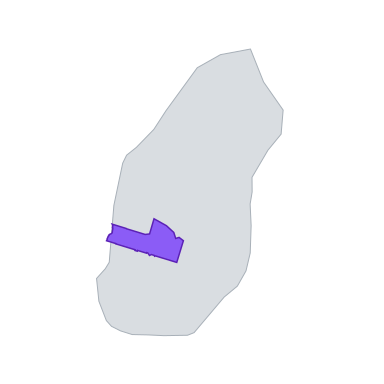 location of 83, Ar Rayyān, Qatar, rotated 17°
{"feature_id": "91078587B29732052080276", "entity_name": "83", "entity_type": "district", "adm_level": 2, "iso_a3": "QAT", "parent_name": "Qatar", "parent_adm1": "Ar Rayyān", "projection": "mercator", "projection_center": [50.853, 25.078], "detail": "fine", "context": "in_parent", "style": "filled", "palette": "violet", "viewbox_px": 384, "rotation_deg": 17, "n_neighbors": 0, "source": "geoboundaries", "source_scale": "gbopen_adm2", "svg_char_len": 1775}
<svg xmlns="http://www.w3.org/2000/svg" viewBox="0 0 384 384"><g transform="rotate(17 192 192)"><path d="M207.1,337.6L191.4,341.6L176.5,345.8L164.2,345.7L154.3,344.0L147.7,340.0L134.9,323.7L126.0,302.6L131.5,290.8L133.4,283.4L121.2,227.6L117.3,184.7L118.7,175.9L125.7,165.7L137.2,143.3L143.4,121.7L160.7,71.6L179.1,52.3L206.1,38.2L228.3,65.9L255.2,87.0L260.3,110.6L252.4,129.8L245.1,160.4L249.5,174.4L251.1,186.5L258.4,206.9L265.5,233.3L266.7,251.7L262.9,268.7L253.5,283.0L235.1,325.9L229.6,330.3L207.1,337.6Z" fill="#d9dde1" stroke="#a8b0b8" stroke-width="1"/><path d="M180.9,263.8L198.0,263.8L198.0,241.1L192.9,239.2L190.0,241.2L186.4,236.0L177.4,231.7L163.5,228.7L163.7,244.5L159.6,246.3L139.9,246.3L139.7,246.1L125.1,246.1L125.3,246.3L125.4,246.5L125.6,246.7L125.7,246.9L125.9,246.9L126.1,247.4L126.2,247.6L126.2,248.8L126.3,248.9L126.3,249.1L126.4,249.4L126.6,249.5L126.7,249.8L126.8,249.8L126.8,250.0L127.0,250.3L127.0,250.7L127.1,251.1L127.2,252.3L127.3,252.6L127.3,252.8L127.4,253.3L127.4,253.5L127.5,253.8L127.6,254.0L127.5,254.6L127.4,254.7L127.3,254.9L127.2,255.0L127.0,255.3L126.9,255.5L126.7,255.7L126.6,255.9L126.4,255.9L126.3,256.0L126.1,256.1L125.9,256.4L125.8,256.5L125.6,256.6L125.5,256.8L125.4,257.1L125.3,257.3L125.2,257.3L125.2,257.5L125.3,257.5L125.4,257.9L125.2,258.2L125.1,258.4L125.0,258.5L124.9,258.5L124.8,258.8L124.9,259.1L124.8,259.4L124.8,259.5L124.7,259.6L124.7,259.8L124.8,259.8L124.7,260.4L124.7,260.5L124.6,260.8L124.5,261.4L124.6,261.5L124.8,261.9L124.7,262.5L124.6,262.8L124.5,263.1L124.5,263.6L134.3,263.6L134.3,263.9L154.6,263.9L154.6,264.6L157.0,264.6L157.0,263.8L166.4,263.8L166.4,263.2L167.5,263.2L169.9,265.1L171.4,263.7L174.4,263.7L175.0,264.4L175.7,263.8L180.9,263.8Z" fill="#8b5cf6" stroke="#5b21b6" stroke-width="1.5"/></g></svg>